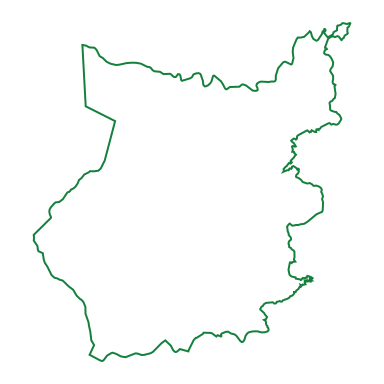 the district of Lumiere, Dennery, Saint Lucia
{"feature_id": "8701671B42420673442147", "entity_name": "Lumiere", "entity_type": "district", "adm_level": 2, "iso_a3": "LCA", "parent_name": "Saint Lucia", "parent_adm1": "Dennery", "projection": "natural_earth1", "projection_center": [-60.885, 13.94], "detail": "fine", "context": "isolated", "style": "outline", "palette": "green", "viewbox_px": 384, "rotation_deg": 0, "n_neighbors": 0, "source": "geoboundaries", "source_scale": "gbopen_adm2", "svg_char_len": 5899}
<svg xmlns="http://www.w3.org/2000/svg" viewBox="0 0 384 384"><path d="M33.7,234.9L34.0,237.5L33.8,240.6L37.4,245.9L37.9,249.9L38.6,251.3L42.8,253.2L43.8,259.7L44.9,262.9L47.4,266.7L51.5,275.0L54.4,277.7L57.2,278.4L59.6,279.7L62.8,280.6L68.8,286.5L73.1,289.7L76.6,295.6L80.1,299.0L81.7,300.0L83.4,302.0L85.4,306.9L85.5,313.7L88.6,322.6L88.9,325.4L90.3,331.7L91.3,340.3L94.1,345.1L89.6,354.8L99.7,360.2L102.0,361.0L103.4,360.5L107.0,355.7L111.3,353.1L112.5,352.7L116.0,353.8L120.9,356.4L125.5,357.2L135.4,353.4L137.3,353.5L141.6,355.0L144.0,354.9L150.4,353.3L152.8,352.0L161.5,343.2L165.3,340.4L170.9,345.7L173.2,350.3L175.0,351.9L176.0,352.0L177.2,351.5L179.8,349.1L188.4,351.4L188.8,349.9L193.8,339.9L195.8,337.9L196.5,337.9L202.8,334.0L203.6,332.7L210.5,332.9L212.0,333.3L216.3,336.5L217.6,335.2L220.9,336.5L221.4,336.0L221.0,334.6L221.6,333.6L225.9,331.8L228.1,331.7L231.0,333.5L234.6,334.4L236.6,336.0L240.3,341.0L241.6,342.0L242.8,341.9L244.2,340.3L245.6,335.8L247.2,333.5L248.7,332.3L252.7,331.4L257.3,331.3L261.6,332.4L264.5,332.3L267.6,331.4L268.4,330.6L268.6,329.5L268.1,327.7L267.5,327.3L267.3,325.9L266.6,325.4L265.9,323.3L266.1,322.2L265.8,321.2L264.0,319.9L265.9,319.2L266.9,317.4L266.9,316.8L265.0,314.6L264.0,312.9L260.4,309.7L260.2,309.1L261.5,306.7L262.9,305.9L263.8,304.3L266.0,302.9L272.8,302.3L274.2,303.5L275.3,303.5L276.1,303.2L276.7,301.9L279.1,301.4L279.7,301.0L281.1,301.7L281.9,301.6L282.9,300.4L287.8,298.6L289.6,297.4L290.0,296.4L292.5,295.5L294.2,293.5L294.0,292.0L295.6,292.1L296.2,290.7L298.6,288.8L299.6,286.9L300.5,287.0L300.9,286.7L300.4,284.7L302.0,285.4L302.8,284.5L303.3,284.8L305.5,284.3L304.6,282.2L304.7,281.5L306.4,281.5L305.3,280.4L307.6,280.2L308.1,280.7L310.6,281.7L310.9,281.5L311.0,280.8L311.6,280.7L309.8,279.7L309.8,278.2L311.8,279.2L311.8,278.6L312.5,278.1L310.5,276.8L307.4,275.9L307.2,276.8L306.3,277.3L306.5,277.8L303.7,278.3L302.9,277.9L301.7,279.1L301.6,279.7L300.7,280.0L300.0,279.4L295.8,278.6L295.6,277.4L292.2,276.7L290.8,276.0L289.5,274.6L288.5,269.8L289.8,262.9L290.2,262.3L291.7,263.1L292.1,262.2L295.3,261.6L293.9,259.7L294.5,257.2L294.4,251.6L293.6,250.5L291.7,249.3L290.9,248.0L289.2,247.1L289.0,244.7L288.5,243.8L288.9,241.5L291.0,239.6L291.1,238.9L290.6,237.2L288.7,235.0L288.7,233.5L287.8,231.6L287.1,226.6L288.8,224.3L289.8,223.6L292.0,225.5L292.7,225.7L296.7,224.9L298.1,225.1L299.9,224.4L304.1,223.8L307.3,221.9L316.6,214.2L322.1,211.8L322.7,210.2L323.1,202.4L322.1,199.1L323.0,196.3L322.1,193.5L321.2,191.9L321.8,190.0L321.2,188.3L319.3,186.7L316.4,185.6L313.6,185.9L312.0,184.3L309.9,183.1L307.1,183.5L302.7,182.0L301.0,179.8L298.8,178.2L296.2,177.0L296.0,176.7L296.2,175.4L296.8,174.4L297.9,173.6L298.8,171.6L298.4,170.5L299.0,169.7L298.6,168.8L298.3,168.7L297.6,169.8L297.3,169.7L296.5,168.2L293.5,166.1L292.0,166.7L291.9,168.0L291.1,168.9L290.1,168.3L289.3,168.7L288.9,169.9L288.4,170.3L287.1,170.2L283.3,171.8L283.9,170.8L283.6,169.0L285.5,166.9L286.7,166.1L288.8,163.1L290.5,163.6L291.1,163.3L291.8,162.3L290.6,161.7L290.7,160.7L294.1,157.3L294.5,156.3L296.0,154.7L294.3,153.2L294.4,152.4L293.8,151.7L292.3,151.8L292.8,149.4L292.0,146.5L292.9,146.0L295.1,146.7L295.8,146.4L293.9,143.2L291.9,141.6L291.2,140.7L291.6,140.2L293.7,138.6L294.9,138.8L295.8,139.6L296.4,139.4L297.0,138.3L296.9,137.2L297.1,136.4L297.7,135.5L306.5,130.7L307.3,130.4L309.6,132.3L310.2,131.7L310.9,131.9L311.6,130.3L315.2,132.1L316.2,132.0L316.1,130.8L316.5,129.4L318.2,129.9L317.9,129.2L319.9,128.8L321.2,127.0L328.3,123.4L329.6,123.1L331.3,124.6L333.4,123.9L335.5,124.6L337.1,124.6L338.7,123.5L341.2,119.4L341.2,118.4L339.4,114.9L337.4,113.5L336.1,111.9L335.1,112.0L331.1,110.6L330.3,109.8L330.1,109.1L330.1,106.2L329.5,103.0L330.4,101.7L332.2,100.8L333.6,98.9L334.8,98.1L335.6,94.0L334.5,86.3L335.5,85.0L334.6,84.3L333.6,84.2L332.8,83.0L332.6,81.4L333.1,79.6L333.1,75.7L330.1,71.1L330.7,69.1L332.7,66.2L333.2,62.4L331.4,58.3L329.6,55.9L328.2,54.9L325.8,54.6L325.1,54.2L324.2,53.3L324.2,52.1L325.0,50.1L326.9,49.1L326.5,48.4L325.3,48.1L325.0,47.5L328.1,38.9L330.3,37.2L332.0,36.5L333.2,36.4L334.9,37.1L337.5,36.1L338.9,36.7L341.4,40.1L341.8,39.9L342.7,38.5L343.6,38.1L344.7,35.6L347.6,33.7L347.8,33.2L347.3,31.5L347.5,27.6L348.9,26.6L350.3,23.4L349.9,23.0L347.1,24.0L342.9,23.1L342.2,23.3L341.0,24.7L338.4,25.6L337.7,25.5L337.2,26.1L337.0,30.3L333.7,32.1L332.6,34.7L329.0,36.6L328.2,37.6L327.6,37.2L324.0,32.7L324.6,31.4L325.1,31.3L325.5,30.5L325.5,29.9L324.8,29.0L324.4,29.0L324.1,29.7L323.9,30.8L322.6,31.4L322.0,33.9L318.2,39.7L317.2,40.4L316.4,40.7L315.6,40.4L313.2,38.7L311.9,36.1L310.9,32.3L309.7,31.2L308.7,32.6L304.2,36.8L300.5,37.6L297.7,37.6L296.4,39.6L293.1,47.6L292.7,51.8L293.5,58.1L292.1,63.8L291.1,64.5L285.3,61.7L284.1,61.9L283.0,62.5L278.1,68.3L275.8,75.7L275.8,79.6L275.1,81.1L273.7,81.6L271.6,81.5L268.6,82.0L260.8,81.6L258.7,82.4L256.8,83.9L256.4,85.8L257.5,88.1L257.7,89.8L257.6,90.2L256.0,90.9L252.7,90.6L246.1,85.5L243.1,84.4L241.7,84.7L239.5,86.7L229.9,87.0L226.9,89.2L225.9,89.2L224.9,88.2L222.9,84.2L220.9,81.2L214.3,75.7L213.4,75.7L213.0,76.2L211.4,81.6L210.2,83.4L207.8,85.5L205.9,86.3L204.6,86.3L203.3,84.8L202.9,80.8L200.7,74.5L200.0,73.7L198.7,73.2L196.4,73.3L193.5,74.4L192.0,77.1L190.2,78.3L182.0,80.8L181.2,80.1L180.4,75.7L179.5,74.3L178.1,74.1L175.9,76.9L175.2,77.1L173.4,76.7L171.2,74.5L170.0,73.8L163.5,74.1L160.0,71.8L154.4,71.3L152.4,70.0L150.9,67.9L149.3,67.0L147.2,66.8L141.0,63.7L136.2,62.8L131.5,62.7L126.5,63.1L119.2,64.7L116.0,65.0L110.5,63.7L106.5,61.7L102.9,58.1L99.6,56.1L96.6,49.9L94.4,47.7L89.3,47.4L86.0,45.6L82.4,45.0L85.7,106.3L115.1,121.1L104.7,160.6L100.7,168.6L98.3,170.7L94.2,171.3L90.1,171.2L88.6,172.4L84.3,174.5L81.4,178.2L79.0,180.0L77.7,183.4L75.5,186.7L73.3,188.5L71.0,189.6L69.5,191.7L67.8,192.2L67.2,192.7L62.8,199.3L59.1,202.0L55.6,202.4L54.6,203.1L50.7,207.5L49.6,209.5L49.3,211.9L49.8,214.3L51.1,217.3L50.6,218.2L33.7,234.9Z" fill="none" stroke="#15803d" stroke-width="2"/></svg>